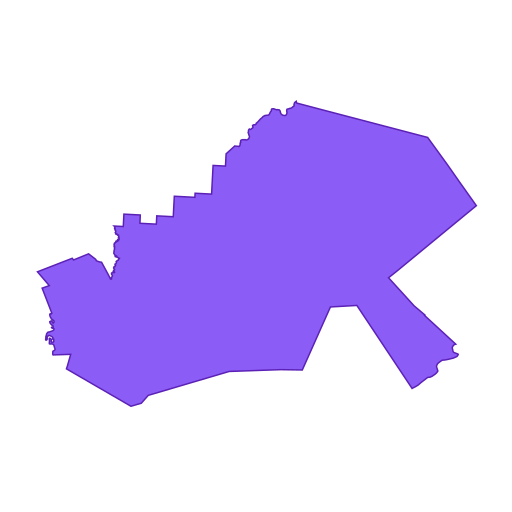 Anáhuac, Nuevo León, Mexico, rotated 93°
{"feature_id": "50627088B57971111763522", "entity_name": "Anáhuac", "entity_type": "district", "adm_level": 2, "iso_a3": "MEX", "parent_name": "Mexico", "parent_adm1": "Nuevo León", "projection": "orthographic", "projection_center": [-100.048, 27.323], "detail": "fine", "context": "isolated", "style": "filled", "palette": "violet", "viewbox_px": 512, "rotation_deg": 93, "n_neighbors": 0, "source": "geoboundaries", "source_scale": "gbopen_adm2", "svg_char_len": 5951}
<svg xmlns="http://www.w3.org/2000/svg" viewBox="0 0 512 512"><g transform="rotate(93 256 256)"><path d="M99.4,223.9L100.1,224.8L100.4,225.0L100.6,225.3L101.3,225.7L101.8,225.7L102.6,226.0L104.0,225.8L104.3,225.9L104.6,226.2L104.6,226.4L105.2,227.2L105.5,227.5L106.1,228.0L106.4,228.5L106.8,229.5L106.7,229.8L106.8,230.0L107.5,231.6L107.6,232.4L107.9,232.8L109.3,233.0L110.3,232.8L111.0,232.5L111.7,232.7L112.4,232.7L113.7,233.4L114.0,233.8L114.2,234.8L114.0,236.7L113.0,238.2L112.5,238.6L111.3,239.1L110.1,239.4L109.5,239.8L108.9,240.4L108.8,240.8L108.8,241.6L108.7,242.6L108.9,243.2L108.0,246.1L108.1,247.0L108.3,247.9L108.5,248.1L109.0,248.3L110.2,248.3L111.5,249.2L113.7,250.1L114.4,250.6L114.7,251.2L114.8,251.9L115.0,253.4L115.2,253.6L115.2,254.4L115.7,255.0L115.9,255.6L116.6,256.5L117.5,257.1L118.9,258.7L122.0,261.2L122.7,261.9L123.0,262.1L123.2,262.6L123.9,262.8L124.2,262.8L124.5,263.0L124.9,263.6L124.9,263.8L125.2,265.5L125.8,266.2L126.1,266.3L126.8,266.0L127.4,265.7L128.4,266.1L128.9,267.0L129.8,267.8L129.9,268.4L129.5,269.2L129.7,269.5L130.1,269.7L130.8,270.1L131.8,270.0L132.9,270.3L133.3,270.3L133.8,270.1L134.2,269.7L134.9,269.7L135.7,269.4L136.3,269.0L136.7,268.8L138.1,269.0L139.6,269.6L139.9,270.3L140.3,270.9L140.7,271.6L140.6,271.8L140.6,272.4L140.4,272.7L140.3,273.2L140.6,273.8L140.5,275.2L140.6,275.9L140.7,276.0L141.1,277.0L141.8,277.4L143.5,277.2L144.1,277.8L144.9,277.6L146.6,277.9L147.3,278.3L147.5,278.5L147.6,279.0L147.3,279.4L147.4,280.4L147.3,282.7L147.2,282.9L155.5,291.2L167.8,291.2L167.8,303.6L196.5,303.6L196.5,320.1L200.6,320.1L200.6,340.7L221.1,340.7L221.1,340.8L221.1,341.3L221.1,357.2L229.4,357.2L229.4,373.6L221.1,373.7L221.1,390.1L233.5,390.1L233.5,399.3L234.3,398.4L234.9,398.3L235.3,398.7L235.9,398.7L236.1,398.6L236.2,398.1L236.5,398.0L236.9,398.2L237.3,397.9L237.6,398.0L238.1,397.5L238.5,397.3L239.3,397.4L239.8,397.8L240.3,397.6L240.9,396.9L241.3,397.2L241.5,397.0L241.4,396.6L241.6,396.5L241.6,396.4L241.5,395.9L242.0,395.8L242.5,395.2L242.6,394.9L242.2,394.8L242.3,394.4L243.8,394.0L244.1,394.1L244.4,394.4L245.0,394.3L245.1,394.1L245.0,393.8L245.0,393.7L246.1,393.5L246.6,393.6L246.5,394.0L247.4,394.4L247.4,394.6L246.8,394.8L246.8,395.0L247.8,394.9L247.8,395.1L248.0,395.1L248.1,394.7L248.2,394.8L248.4,395.0L248.6,395.0L248.6,395.5L248.2,395.6L248.3,395.9L248.3,396.4L248.7,396.6L249.7,396.6L249.8,396.8L249.6,397.0L250.1,397.2L250.2,397.6L250.6,398.0L250.9,397.9L251.4,398.2L251.6,398.4L251.8,398.4L252.1,398.1L252.9,398.2L253.2,398.0L253.5,398.2L253.7,397.7L253.8,397.7L253.9,397.9L254.3,397.9L254.9,397.6L255.1,397.7L255.4,397.9L255.9,397.6L256.4,397.7L256.8,397.6L257.0,397.8L257.9,398.0L258.2,398.0L258.7,397.8L259.1,398.1L260.9,398.1L261.1,397.9L261.3,397.8L262.5,396.8L263.3,396.8L264.0,396.5L264.1,396.0L264.2,395.7L263.9,395.6L263.6,395.8L263.3,395.8L263.2,395.7L263.2,395.3L263.7,394.9L264.4,394.8L264.9,393.5L265.5,392.8L265.4,392.4L265.4,392.2L265.5,392.2L265.8,392.3L265.9,392.7L266.1,393.0L267.5,393.4L267.6,393.9L268.1,394.4L268.2,394.8L268.5,395.1L268.9,395.3L269.0,395.0L269.4,395.0L270.4,395.2L271.1,395.6L271.5,396.4L271.8,396.4L272.5,395.8L272.9,395.8L273.4,396.0L273.5,396.4L274.1,396.4L274.2,396.6L274.1,396.9L274.3,397.3L275.4,397.6L276.3,397.1L276.8,396.5L277.0,396.5L277.5,396.7L277.8,397.1L277.8,397.3L278.0,397.5L278.3,397.4L278.6,397.6L278.6,397.3L279.3,396.5L279.5,396.4L279.8,396.4L280.0,396.6L280.0,397.5L280.3,398.4L280.3,398.9L280.7,399.4L281.8,399.3L282.2,399.1L282.8,398.4L283.0,398.3L283.7,398.4L284.6,398.9L284.9,399.2L285.1,399.3L285.7,399.3L285.8,399.1L286.2,399.1L286.6,399.1L286.7,399.3L286.7,399.9L286.5,400.3L285.3,400.8L282.4,402.5L270.3,409.9L270.1,412.0L269.1,415.2L268.4,415.5L267.7,415.9L262.6,423.3L269.5,438.0L267.9,439.4L283.2,473.4L296.4,460.9L299.3,467.9L323.8,456.9L324.4,457.2L324.5,457.4L324.6,457.8L324.4,458.3L324.5,458.6L325.2,458.9L326.1,458.8L327.9,458.1L328.6,457.5L329.5,457.2L329.8,456.7L330.2,455.8L331.0,455.0L331.2,454.6L331.8,454.2L332.4,454.2L332.7,454.3L333.6,454.9L333.7,455.0L333.3,455.4L331.7,456.5L331.5,456.8L331.7,457.4L331.9,457.9L332.2,458.0L332.4,458.5L332.6,458.5L333.8,458.1L334.3,457.7L335.8,456.1L335.9,455.9L336.0,455.3L336.1,455.2L336.8,455.0L337.4,454.8L337.7,454.9L338.0,455.2L337.8,456.3L338.0,456.5L338.4,456.3L338.8,455.5L338.6,454.8L338.7,454.5L339.2,454.0L340.1,454.0L340.5,454.2L341.3,455.1L342.7,458.5L342.8,459.4L343.2,460.1L344.9,461.1L346.1,461.2L347.2,461.6L348.5,461.6L348.9,461.5L349.0,461.5L350.1,461.8L351.0,461.4L351.0,461.0L350.9,460.7L350.3,460.3L349.9,460.2L349.4,460.2L348.5,460.3L347.8,460.3L347.2,459.7L346.6,459.5L346.3,459.2L346.3,458.3L346.2,458.0L346.2,457.6L347.0,456.1L347.1,455.8L347.6,455.1L348.0,454.7L348.4,454.6L349.6,454.8L349.7,454.6L349.5,454.1L349.7,453.7L350.5,453.6L351.3,453.5L352.1,453.5L352.5,453.7L352.6,453.9L352.8,455.2L352.6,455.7L352.3,455.9L350.9,455.9L350.0,456.2L349.5,456.5L348.9,457.5L348.9,457.9L349.1,458.1L350.4,458.1L351.6,457.7L352.7,457.9L354.2,457.8L354.5,457.7L354.7,457.0L354.4,455.9L354.6,455.0L354.6,454.4L354.8,454.0L355.4,453.3L355.8,453.1L358.3,452.3L359.5,451.7L360.0,451.8L360.8,452.4L361.6,453.7L362.0,453.9L364.1,453.9L365.2,453.7L365.4,453.5L363.9,435.9L376.1,438.7L378.6,439.4L412.6,373.0L409.0,362.8L400.8,356.3L372.7,276.7L368.2,225.4L367.4,203.8L303.0,179.0L300.1,152.7L380.1,93.2L379.7,92.6L378.2,90.0L376.2,87.1L374.5,85.4L373.4,84.2L368.6,78.6L368.2,77.9L368.0,76.5L367.8,75.6L366.9,73.9L364.7,71.0L363.4,69.7L361.9,68.6L361.2,68.4L357.5,69.8L356.6,69.9L356.1,69.9L354.6,69.3L353.8,68.8L352.5,67.4L351.1,65.7L350.3,64.5L350.0,62.2L349.2,58.8L347.6,53.5L345.9,50.2L345.6,49.9L344.3,49.1L343.7,48.9L343.5,49.0L343.3,49.2L342.0,53.3L341.4,54.0L340.3,54.5L339.3,54.6L338.0,55.1L337.0,55.2L336.6,55.1L335.0,54.2L334.1,53.3L333.6,51.9L306.6,84.5L306.1,84.2L297.5,95.5L270.8,122.5L263.8,114.6L194.2,38.6L171.2,56.8L154.7,69.7L128.6,90.8L106.4,198.1L101.1,223.5L99.4,223.9Z" fill="#8b5cf6" stroke="#5b21b6" stroke-width="1.5"/></g></svg>